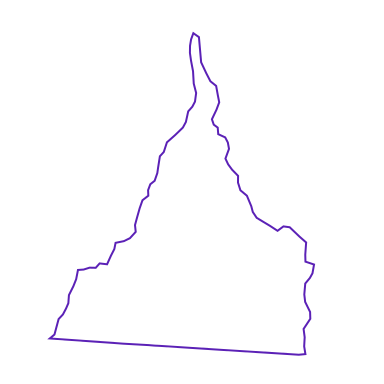 Axixá do Tocantins, Tocantins, Brazil, rotated 185°
{"feature_id": "56859067B57908802564825", "entity_name": "Axixá do Tocantins", "entity_type": "district", "adm_level": 2, "iso_a3": "BRA", "parent_name": "Brazil", "parent_adm1": "Tocantins", "projection": "natural_earth1", "projection_center": [-47.762, -5.681], "detail": "fine", "context": "isolated", "style": "outline", "palette": "violet", "viewbox_px": 384, "rotation_deg": 185, "n_neighbors": 0, "source": "geoboundaries", "source_scale": "gbopen_adm2", "svg_char_len": 1358}
<svg xmlns="http://www.w3.org/2000/svg" viewBox="0 0 384 384"><g transform="rotate(185 192 192)"><path d="M183.3,303.9L188.1,311.5L194.2,322.0L198.6,346.9L204.5,350.3L206.2,344.0L206.7,337.5L206.2,330.4L204.4,322.7L201.5,312.4L199.7,300.1L196.5,291.0L196.9,282.3L199.1,277.0L202.8,272.0L204.2,261.2L206.7,255.4L213.8,247.2L221.3,239.3L223.6,229.4L227.1,224.8L227.9,213.3L228.2,207.8L230.2,199.9L234.2,196.1L235.9,190.0L235.2,184.5L240.6,179.5L242.7,171.3L244.5,161.9L245.9,154.1L244.6,147.4L249.8,140.6L255.6,137.1L263.7,134.7L264.4,128.4L267.2,121.5L270.3,112.6L277.8,112.8L281.3,108.1L287.4,107.7L293.2,105.3L298.8,104.4L299.8,95.0L302.0,87.7L305.6,78.6L305.5,70.4L307.3,65.0L309.9,58.8L313.8,53.8L316.6,38.0L320.9,33.7L256.2,34.8L247.5,34.9L228.2,35.5L221.8,35.7L216.1,35.7L211.1,35.9L153.7,37.2L71.4,39.2L64.9,40.4L66.8,48.0L67.1,57.1L68.9,65.3L63.1,76.0L63.9,82.8L69.7,92.4L71.2,99.7L71.2,110.7L67.1,116.6L64.9,121.5L64.1,130.4L72.9,132.5L73.7,139.4L73.9,151.7L81.0,156.9L91.6,165.4L97.9,165.7L103.4,160.8L111.4,165.1L118.0,168.3L125.3,171.9L129.7,177.4L131.7,183.0L137.0,193.1L143.9,197.9L147.0,205.4L147.5,212.1L154.0,217.7L158.4,222.7L161.6,228.2L158.9,238.2L160.6,244.4L163.7,249.3L170.9,251.9L172.0,258.4L176.2,261.0L178.5,266.2L174.8,276.1L172.7,283.7L174.8,291.0L177.2,299.8L183.3,303.9Z" fill="none" stroke="#5b21b6" stroke-width="2"/></g></svg>